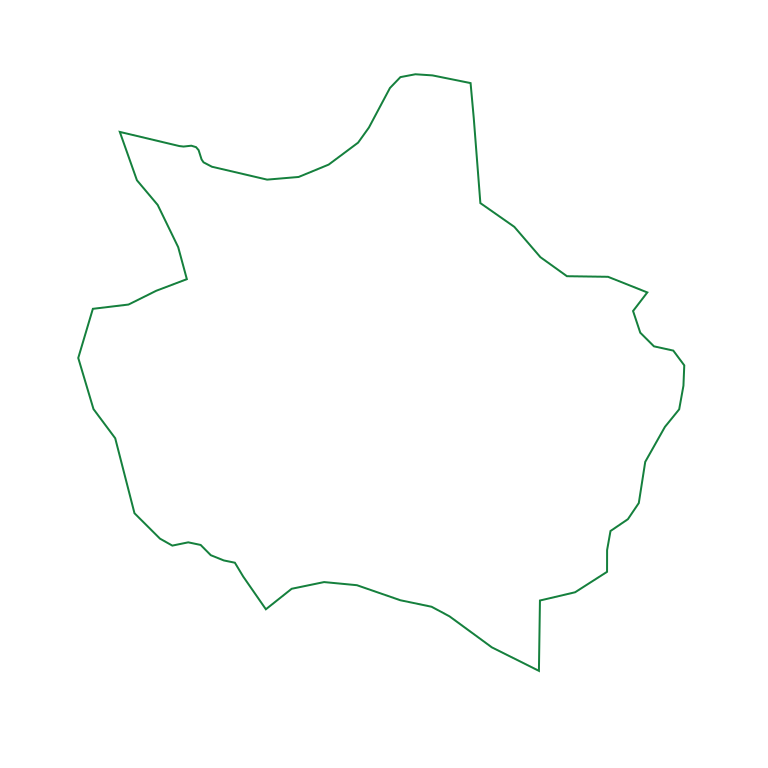 map outline of Arua (Albers equal-area conic projection), rotated 83°
{"feature_id": "UGA-3080", "entity_name": "Arua", "entity_type": "County", "adm_level": 1, "iso_a3": "UGA", "parent_name": "Uganda", "parent_adm1": "", "projection": "albers", "projection_center": [31.087, 2.968], "detail": "fine", "context": "isolated", "style": "outline", "palette": "green", "viewbox_px": 768, "rotation_deg": 83, "n_neighbors": 0, "source": "natural_earth", "source_scale": "10m", "svg_char_len": 1008}
<svg xmlns="http://www.w3.org/2000/svg" viewBox="0 0 768 768"><g transform="rotate(83 384 384)"><path d="M101.6,615.5L122.9,558.1L123.9,554.0L124.0,546.2L126.0,541.7L129.3,539.5L138.9,537.7L142.0,536.1L147.4,528.3L166.9,475.1L168.1,443.5L159.5,412.2L141.3,380.3L127.6,367.7L90.9,342.0L81.4,330.3L80.4,315.1L83.6,298.3L95.9,261.4L130.8,262.5L216.2,266.3L243.9,235.5L277.2,213.3L299.3,189.3L304.9,148.6L325.2,111.5L341.9,127.9L364.3,123.4L379.5,111.5L386.1,92.8L402.1,83.7L422.2,87.0L445.1,94.1L460.8,110.4L493.1,134.2L533.2,145.6L547.9,158.4L557.5,177.1L576.0,182.8L597.6,185.5L614.0,219.7L617.9,255.6L687.6,265.2L658.5,309.1L622.6,347.3L610.9,363.9L600.6,394.2L580.4,435.4L573.3,467.6L576.0,500.6L593.2,528.7L558.0,547.2L543.2,553.8L539.6,564.5L532.8,576.8L521.4,585.6L517.3,597.6L518.6,613.8L510.2,625.2L481.9,647.4L405.1,657.4L373.5,675.4L320.9,684.3L273.9,663.8L274.0,627.9L263.7,598.7L255.9,566.9L223.1,571.6L178.7,586.8L151.7,604.4L101.6,615.5Z" fill="none" stroke="#15803d" stroke-width="2"/></g></svg>